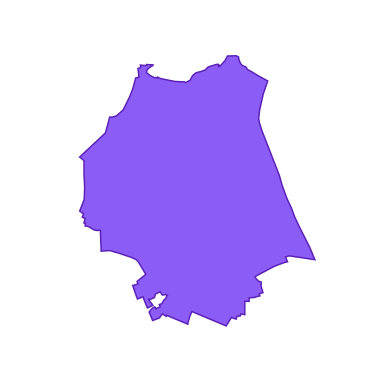 Bac Tu Liem, Ha Noi, Vietnam (Mercator projection), rotated 68°
{"feature_id": "81297802B3906213091507", "entity_name": "Bac Tu Liem", "entity_type": "district", "adm_level": 2, "iso_a3": "VNM", "parent_name": "Vietnam", "parent_adm1": "Ha Noi", "projection": "mercator", "projection_center": [105.766, 21.071], "detail": "fine", "context": "isolated", "style": "filled", "palette": "violet", "viewbox_px": 384, "rotation_deg": 68, "n_neighbors": 0, "source": "geoboundaries", "source_scale": "gbopen_adm2", "svg_char_len": 3554}
<svg xmlns="http://www.w3.org/2000/svg" viewBox="0 0 384 384"><g transform="rotate(68 192 192)"><path d="M300.8,103.4L300.5,103.4L286.9,103.6L278.8,104.3L265.7,105.4L253.9,106.1L252.9,106.1L243.8,105.8L234.0,106.4L227.3,106.2L219.4,105.9L209.3,104.8L161.7,104.2L161.1,104.2L153.4,103.6L148.6,102.6L145.8,101.0L141.2,98.5L127.8,89.2L117.4,80.2L108.2,87.7L102.2,92.1L100.0,94.1L98.7,94.8L96.9,95.0L95.9,95.5L94.2,97.4L93.2,98.1L90.7,98.9L88.7,98.9L86.6,98.8L84.2,98.3L82.3,99.9L79.2,108.1L80.2,109.4L82.6,112.3L85.8,118.8L85.8,120.3L85.6,120.6L85.4,120.6L85.2,120.4L84.5,119.4L83.8,119.4L83.5,119.9L83.0,120.8L82.8,121.9L82.6,124.4L82.3,127.8L82.2,129.4L82.3,130.6L82.7,131.6L83.8,134.0L83.7,138.1L83.5,139.6L83.1,142.1L83.1,144.3L83.6,146.1L84.6,148.3L86.5,150.5L87.3,151.3L87.4,151.5L87.7,152.7L88.0,155.1L88.1,157.2L87.0,157.8L84.6,163.2L83.1,166.4L78.4,173.6L76.4,176.6L75.0,178.7L72.6,180.8L73.3,181.8L72.4,182.5L71.6,184.4L68.0,187.4L64.6,189.2L63.4,189.0L62.4,188.3L61.3,186.6L60.5,183.9L60.3,181.9L60.2,181.2L59.6,180.5L56.8,186.3L57.5,187.3L55.9,190.6L55.0,192.4L57.1,192.7L57.4,193.7L57.2,195.8L65.6,198.1L65.2,201.5L73.6,207.9L74.8,208.9L80.0,213.8L83.7,217.9L90.2,225.2L93.1,233.6L93.0,235.0L92.7,237.8L91.7,240.3L93.8,241.8L98.9,245.6L104.8,250.2L105.0,250.7L107.5,257.1L109.4,261.9L110.0,263.6L111.0,266.2L112.6,270.3L113.4,272.4L114.2,274.6L117.5,283.1L122.5,280.4L126.9,282.2L130.6,283.6L135.1,285.5L143.5,288.4L148.0,290.0L158.2,294.6L160.0,296.1L167.6,303.3L171.6,300.8L174.3,303.2L176.5,301.0L180.2,303.8L181.0,302.5L182.0,303.3L183.7,303.7L183.9,303.1L184.3,302.3L185.0,301.3L186.0,300.3L188.4,298.6L189.9,297.5L191.1,296.2L192.1,294.4L193.2,291.3L212.9,298.4L213.0,298.0L213.1,297.5L213.8,295.3L214.7,292.5L215.5,290.3L216.0,289.4L217.0,288.2L218.5,286.5L219.3,285.5L219.5,285.1L219.7,284.7L228.8,274.0L230.4,272.2L233.7,269.2L234.4,268.8L237.0,267.9L250.9,265.7L251.8,268.1L254.3,276.4L254.7,276.5L255.2,276.5L256.9,276.5L256.9,277.6L256.5,282.0L267.7,282.6L269.0,282.6L270.8,282.6L270.7,282.0L270.8,281.1L270.8,280.3L270.8,279.5L270.8,276.8L281.8,276.8L282.0,276.8L282.8,276.8L282.9,276.2L282.7,274.2L282.6,273.3L282.5,272.4L282.5,272.0L282.5,271.9L282.5,271.7L282.4,271.4L282.4,271.2L282.4,270.7L281.5,270.9L279.8,271.3L279.5,271.4L277.4,272.1L276.1,272.4L275.5,272.6L275.2,271.9L276.0,271.3L275.8,266.3L273.9,265.0L272.9,263.8L272.6,258.9L276.4,258.2L277.3,254.8L278.5,253.5L281.1,256.9L281.9,258.9L283.7,261.0L284.1,261.5L284.2,262.5L284.1,264.5L286.5,264.5L286.7,269.4L286.2,269.2L285.3,269.2L284.5,269.5L284.6,271.2L285.3,273.5L286.2,275.0L287.2,276.7L287.3,276.7L290.4,276.7L292.3,276.7L294.1,276.7L296.4,276.7L296.4,276.1L296.5,273.9L296.5,273.5L296.5,273.0L296.5,272.6L296.5,272.3L296.6,271.7L296.5,271.0L296.5,270.6L296.6,269.3L296.1,268.7L295.6,267.9L295.4,267.6L294.5,266.0L293.9,265.1L294.8,264.5L297.7,262.5L296.9,261.7L309.5,248.9L313.0,245.4L311.3,244.5L308.1,241.8L307.0,241.1L302.8,236.9L305.8,233.8L313.5,226.1L323.3,216.2L329.0,210.5L323.4,202.8L323.1,202.3L323.3,202.1L324.2,201.3L325.1,200.2L325.7,199.5L326.4,198.7L324.1,196.9L325.0,193.7L323.4,192.4L325.3,189.3L325.5,189.0L324.9,188.8L320.3,186.9L318.4,186.1L313.1,183.9L314.8,180.0L311.6,178.7L313.1,173.7L313.4,169.8L313.8,168.0L311.6,167.8L311.9,163.9L305.0,163.2L303.3,162.3L301.3,161.6L299.5,163.8L295.9,165.2L294.1,165.2L293.4,159.4L292.5,151.1L291.8,144.3L291.8,139.0L292.0,132.8L292.2,131.4L292.5,129.6L287.9,129.6L287.2,129.6L287.3,129.1L287.3,128.8L287.6,126.4L287.7,125.6L300.8,103.4Z" fill="#8b5cf6" stroke="#5b21b6" stroke-width="1.5"/></g></svg>